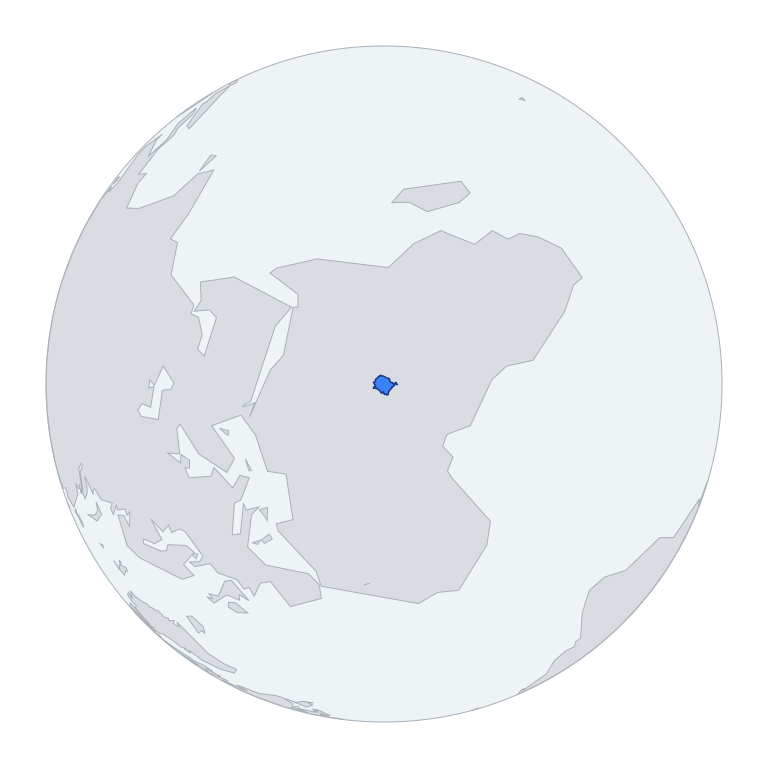 Haute-Kotto highlighted on a globe, orthographic projection, rotated 236°
{"feature_id": "CAF-866", "entity_name": "Haute-Kotto", "entity_type": "Prefecture", "adm_level": 1, "iso_a3": "CAF", "parent_name": "Central African Republic", "parent_adm1": "", "projection": "orthographic", "projection_center": [22.992, 7.358], "detail": "fine", "context": "on_globe", "style": "filled", "palette": "blue", "viewbox_px": 768, "rotation_deg": 236, "n_neighbors": 0, "source": "natural_earth", "source_scale": "10m", "svg_char_len": 10501}
<svg xmlns="http://www.w3.org/2000/svg" viewBox="0 0 768 768"><g transform="rotate(236 384 384)"><circle cx="384" cy="384" r="338" fill="#eef3f6" stroke="#a8b0b8"/><path d="M268.3,66.5L273.8,64.6L264.8,68.0L256.7,71.1L268.3,66.5ZM197.4,102.3L200.2,100.5L212.5,92.8L217.0,90.3L230.0,83.3L228.8,84.5L220.7,89.8L209.9,96.0L206.0,98.9L216.9,93.7L197.5,107.2L185.8,120.4L180.7,124.6L169.5,129.7L167.8,126.7L153.4,137.5L163.5,131.1L150.5,143.3L148.7,146.0L149.8,146.3L155.0,142.2L150.8,147.0L139.2,154.0L142.9,149.7L146.5,147.2L145.6,146.4L137.7,153.0L131.8,159.7L128.2,163.2L149.4,140.8L172.5,120.5L197.4,102.3ZM52.1,320.4L51.9,321.7L53.3,325.5L52.2,329.5L52.9,356.5L59.5,371.1L61.1,386.5L59.7,394.8L63.3,399.0L63.5,404.9L83.4,420.4L98.0,438.6L100.6,459.0L94.3,479.7L102.4,526.8L94.8,538.0L102.2,556.6L112.5,581.5L106.7,576.3L118.1,591.4L122.8,598.2L122.0,597.5L107.2,577.9L93.9,557.2L82.0,535.7L71.8,513.3L63.2,490.3L56.4,466.7L51.2,442.7L47.8,418.3L46.2,393.8L46.4,369.2L48.4,344.7L52.1,320.4ZM229.7,83.4L229.8,83.4L227.3,84.6L229.7,83.4ZM245.5,75.8L238.3,79.1L245.5,75.8ZM301.5,56.3L297.8,57.3L295.1,58.0L301.5,56.3ZM285.5,61.8L286.6,61.0L291.9,59.4L285.5,61.8ZM308.5,54.6L309.9,54.3L304.1,55.7L305.0,55.4L308.5,54.6ZM318.8,52.5L306.2,55.3L303.1,56.6L298.3,57.9L304.2,55.7L318.8,52.5ZM318.2,52.5L317.8,52.6L312.9,53.6L318.2,52.5ZM319.0,52.5L322.0,51.9L319.4,52.5L319.0,52.5ZM328.5,50.8L324.4,51.5L322.6,51.8L328.5,50.8ZM331.2,50.2L334.9,49.7L324.4,51.4L330.5,50.3L331.2,50.2ZM337.6,49.9L324.8,52.1L320.9,52.4L333.8,50.1L337.6,49.9ZM642.2,166.0L644.8,169.2L649.7,175.2L666.8,199.0L681.8,224.3L694.5,250.7L695.2,252.2L698.4,263.3L700.5,269.3L697.0,263.1L699.6,275.8L712.0,308.9L714.2,319.0L715.0,339.7L713.7,332.1L704.4,315.7L708.0,340.4L715.2,359.2L717.9,383.0L714.6,376.6L711.3,355.9L707.9,349.4L705.0,327.9L695.0,297.7L691.4,304.8L688.1,292.4L673.8,269.0L666.6,278.9L657.6,314.7L662.4,347.0L656.6,362.4L634.8,318.1L623.8,288.1L616.7,291.9L593.6,268.5L556.0,270.6L550.0,263.2L543.0,267.5L526.7,261.0L517.2,249.0L507.6,250.5L532.7,282.2L542.9,280.9L550.5,267.4L555.6,279.2L571.3,288.8L556.4,319.7L499.4,350.2L492.8,326.3L444.2,263.8L445.1,256.6L444.8,255.8L444.1,254.4L440.8,266.1L432.0,254.2L459.1,297.4L464.1,316.7L498.6,351.7L495.7,355.7L506.5,362.8L539.8,351.5L540.2,359.7L525.1,398.5L478.0,452.7L483.7,487.1L479.4,516.7L449.0,537.3L450.6,559.5L434.7,567.9L433.0,580.5L419.6,594.1L397.6,607.0L361.5,607.8L360.1,596.6L343.3,574.8L320.3,520.8L330.3,495.7L327.4,476.1L301.2,432.4L307.0,408.1L299.7,397.9L284.9,400.3L276.5,388.1L267.5,387.8L210.6,395.5L193.0,379.3L171.2,330.6L181.3,311.7L182.6,289.9L251.4,218.9L266.5,223.0L321.4,214.1L328.3,216.6L322.5,232.7L364.1,252.4L376.8,238.6L413.9,249.0L438.2,248.0L445.8,217.8L406.0,218.5L398.5,204.3L429.8,191.3L464.5,192.5L462.7,187.2L440.3,175.6L447.7,166.1L432.4,171.1L439.0,176.3L429.6,180.1L423.1,175.7L425.9,172.1L415.3,170.0L404.3,189.0L409.8,196.4L382.4,200.5L388.9,213.5L381.6,219.9L367.9,200.4L368.8,193.2L343.7,173.8L340.2,181.4L363.7,200.8L356.6,199.4L352.0,211.6L349.9,201.2L325.1,179.7L300.0,184.8L268.9,215.3L254.0,218.1L241.2,212.3L251.7,182.0L283.7,179.4L287.9,170.3L280.7,157.6L291.0,158.4L292.0,153.5L304.1,152.6L320.3,140.7L332.4,139.4L338.2,125.3L345.2,123.2L339.8,131.8L342.5,137.7L372.6,136.5L378.2,133.5L379.5,124.9L387.6,126.4L385.1,118.3L402.0,115.2L379.2,112.8L380.1,104.4L390.0,98.2L386.2,95.4L370.1,105.8L367.4,110.6L371.6,115.0L360.7,129.8L350.5,132.5L346.4,116.8L331.5,119.5L334.9,107.5L376.3,84.3L393.8,80.7L424.2,90.2L420.5,94.8L407.7,93.2L420.1,101.7L418.8,97.5L425.5,99.3L428.1,93.0L433.0,94.1L427.2,86.8L433.4,87.5L437.1,92.0L446.3,84.8L459.2,85.5L458.9,83.5L455.0,81.2L474.0,84.4L472.9,82.9L466.3,81.1L459.9,77.2L456.0,72.1L462.8,73.4L465.1,75.4L480.2,82.5L485.3,88.6L487.7,88.8L484.9,83.9L466.5,75.1L462.2,71.7L471.6,75.2L467.9,73.6L467.9,72.4L474.2,72.8L464.3,69.0L455.2,57.9L466.6,58.8L475.9,62.3L476.8,59.6L489.6,63.1L483.4,61.1L481.7,60.5L504.7,68.4L527.1,77.9L548.8,89.0L569.6,101.6L589.5,115.7L608.2,131.2L625.9,148.0L642.2,166.0ZM228.6,254.6L226.9,261.0L228.6,254.6ZM502.3,210.4L522.3,211.0L511.5,193.0L518.3,192.1L512.1,186.8L510.6,191.8L495.1,177.5L503.1,172.3L499.7,165.1L492.8,164.7L480.7,176.9L502.7,196.8L498.9,204.3L502.3,210.4ZM53.5,325.4L53.2,329.7L52.6,329.0L53.5,325.4ZM63.6,277.5L63.1,280.2L62.5,280.6L63.6,277.5ZM64.7,273.3L63.8,276.1L63.4,277.3L64.7,273.3ZM151.2,142.8L152.0,142.4L152.0,143.7L149.7,145.2L151.2,142.8ZM166.1,139.5L158.9,147.4L162.4,142.3L157.8,145.3L159.4,139.2L178.2,126.4L169.4,132.9L166.1,139.5ZM166.9,128.8L163.7,133.2L166.4,129.0L166.9,128.8ZM285.8,130.3L290.0,133.0L285.7,138.5L270.3,143.0L276.4,134.7L285.8,130.3ZM297.1,135.8L297.4,120.6L306.9,118.1L301.5,121.9L307.8,121.7L300.8,128.0L309.6,141.7L306.4,147.7L279.8,151.0L290.3,146.2L285.5,143.4L297.1,135.8ZM281.2,95.0L281.4,90.9L301.8,90.5L299.3,94.6L283.8,98.5L277.7,96.1L281.2,95.0ZM255.7,72.1L254.5,72.4L257.2,71.2L260.5,70.2L255.7,72.1ZM283.3,61.4L289.2,59.6L294.8,58.1L294.8,58.3L288.0,60.1L292.8,59.1L282.9,62.0L285.6,61.5L263.9,70.7L261.4,71.2L251.8,77.3L241.4,81.3L248.0,76.9L232.8,85.1L234.6,82.8L225.0,88.6L240.8,78.5L241.8,77.6L244.7,77.0L254.1,73.2L258.6,71.3L271.8,65.7L278.4,63.0L283.3,61.4ZM354.4,55.5L346.5,55.3L354.5,58.1L344.7,59.2L346.2,59.4L339.3,61.5L333.6,64.8L329.1,65.1L328.8,66.3L324.2,68.1L322.4,70.0L313.5,71.5L310.5,74.2L308.0,73.5L305.2,77.9L303.4,75.4L297.3,78.2L302.3,79.2L259.2,87.4L242.5,94.4L229.7,102.1L228.2,98.1L239.3,88.8L256.4,78.9L272.6,73.3L269.0,73.1L275.7,70.6L275.7,71.8L279.7,68.5L285.2,67.0L300.4,61.1L302.6,58.5L308.3,56.7L310.1,57.0L314.4,55.2L321.8,54.8L326.0,53.7L337.5,52.8L338.7,54.8L343.3,53.6L352.3,53.5L354.4,55.5ZM340.7,49.7L344.4,50.7L340.8,52.1L322.3,53.3L317.5,54.3L305.5,56.1L311.0,54.3L313.9,53.8L318.0,53.0L314.6,53.9L320.4,52.6L324.6,52.2L330.2,51.2L329.9,51.7L340.7,49.7ZM335.9,210.6L341.2,211.1L349.5,210.3L346.8,218.5L335.9,210.6ZM318.7,195.9L323.4,194.8L323.6,204.9L318.1,204.8L318.7,195.9ZM325.9,186.2L323.7,194.0L321.6,189.7L325.9,186.2ZM344.2,130.7L349.3,129.5L349.9,131.5L347.2,134.6L344.2,130.7ZM376.1,67.5L372.2,66.3L373.6,65.6L370.8,61.9L377.9,61.3L382.4,63.4L376.1,67.5ZM439.1,223.0L432.3,228.9L428.5,226.2L431.6,224.7L439.1,223.0ZM387.4,223.5L399.3,227.1L386.5,225.8L387.4,223.5ZM383.4,66.3L381.4,64.7L386.1,65.5L383.4,66.3ZM382.9,60.8L388.5,61.3L378.4,60.9L382.9,60.8ZM544.5,655.4L544.6,658.6L540.3,659.4L544.5,655.4ZM534.5,509.1L509.1,561.1L494.0,562.2L492.5,547.5L502.7,516.3L520.7,506.5L529.9,491.9L534.5,509.1ZM718.5,431.9L717.7,432.8L716.5,429.7L717.7,423.6L719.5,423.4L719.4,425.4L718.5,431.9ZM717.5,423.5L714.6,409.1L704.5,365.1L708.3,364.9L717.6,390.3L717.2,395.3L719.0,407.1L717.5,423.5ZM721.3,405.0L721.1,403.2L721.1,384.6L721.1,374.8L721.6,374.6L721.1,361.2L721.3,405.0ZM663.7,349.9L670.7,368.5L667.0,372.4L663.7,349.9ZM703.8,278.6L703.5,280.7L701.9,276.0L701.1,270.5L703.8,278.6ZM441.0,65.7L437.1,70.9L438.9,75.7L447.3,79.4L433.7,77.0L430.9,69.5L441.0,65.7ZM452.7,58.4L445.3,56.2L449.6,56.5L451.8,57.0L452.7,58.4ZM447.6,57.5L436.6,56.3L433.1,54.7L442.5,55.9L447.6,57.5ZM410.1,59.4L408.4,60.8L404.6,59.9L410.1,59.4ZM457.2,54.1L462.5,55.4L458.6,54.5L456.1,53.9L457.2,54.1Z" fill="#d9dde1" stroke="#a8b0b8" stroke-width="1"/><path d="M386.7,373.4L386.7,373.5L386.6,374.2L386.6,374.3L386.7,374.5L386.8,374.6L387.0,374.5L387.2,374.3L387.3,374.3L387.4,374.5L387.3,375.0L387.2,375.2L386.9,375.4L386.9,375.6L386.9,375.9L387.0,376.0L387.3,375.9L387.5,375.9L387.8,376.0L388.1,376.0L388.3,376.1L388.5,376.0L389.1,376.0L389.4,376.0L389.7,376.1L389.8,376.1L390.5,376.2L390.9,376.1L391.1,376.1L391.2,376.3L391.1,376.5L391.3,376.7L391.3,376.8L391.1,377.0L390.7,377.6L390.6,377.8L390.6,378.0L390.8,378.3L391.1,378.5L391.4,378.6L391.6,378.8L392.0,379.1L392.3,379.2L392.3,379.3L392.3,379.5L392.5,379.6L392.6,379.8L392.7,380.0L392.5,380.6L392.6,380.8L392.6,381.0L392.7,381.3L392.7,381.5L392.8,381.8L392.8,382.4L392.9,382.5L393.0,382.7L393.1,382.9L393.1,383.0L393.3,383.2L393.3,383.3L393.2,383.6L393.1,383.8L392.9,384.1L392.9,384.3L392.9,384.5L393.0,384.6L393.0,384.8L393.2,385.0L393.1,385.3L393.1,385.5L393.1,385.8L393.1,386.0L392.9,386.0L392.7,386.3L392.4,386.2L392.1,386.3L391.9,386.3L391.8,386.5L391.9,386.8L391.8,387.0L391.7,387.1L391.6,387.3L391.4,387.6L386.7,390.2L386.6,390.3L386.5,390.5L386.4,390.7L386.3,390.8L386.2,390.8L386.0,390.7L385.9,390.8L385.8,391.0L385.8,391.3L385.7,391.4L383.9,391.1L383.5,390.9L383.3,390.8L383.2,390.7L383.0,390.4L382.9,390.4L382.6,390.5L382.3,390.4L382.2,390.4L381.5,390.6L381.4,390.6L381.2,390.9L381.1,391.3L381.0,391.5L380.9,391.5L380.5,391.7L380.4,391.8L380.2,391.7L379.9,391.8L379.8,391.7L379.7,391.6L379.0,392.0L378.9,392.0L378.8,392.3L378.6,392.6L378.6,393.2L378.6,393.4L378.5,393.6L378.5,393.8L378.7,394.1L378.4,394.1L378.3,394.3L378.3,394.5L378.2,394.5L377.9,394.8L377.6,395.0L377.1,394.8L376.7,394.7L376.2,394.7L376.3,394.4L376.5,394.1L376.7,393.9L376.8,393.9L377.0,394.0L377.3,394.2L377.5,394.0L377.6,393.9L377.6,393.7L377.7,393.4L377.8,393.1L377.8,392.6L377.7,392.3L377.6,392.2L377.6,391.9L377.4,391.8L377.4,391.7L377.2,391.7L377.1,391.4L377.0,391.1L376.9,390.9L376.7,390.8L376.7,390.7L377.0,390.2L377.1,389.9L376.9,389.4L376.9,389.1L377.0,388.8L377.0,388.7L376.9,388.7L376.7,388.5L376.4,388.5L376.4,388.4L376.2,388.2L376.0,387.6L375.9,387.5L375.9,387.4L376.1,387.2L376.1,386.9L376.1,386.5L376.1,386.3L376.0,386.2L375.9,386.1L375.7,385.1L375.8,384.5L375.7,384.4L375.3,384.3L375.0,384.3L374.9,384.3L374.8,384.2L374.8,383.4L374.8,383.2L374.7,383.0L374.6,382.9L374.3,382.7L374.2,382.6L373.8,382.5L373.7,382.4L373.4,382.1L373.1,381.9L373.1,381.4L373.0,381.1L373.1,380.8L373.1,380.7L373.1,380.4L373.3,380.3L373.6,380.2L374.6,380.2L374.8,380.1L374.8,379.9L374.6,379.5L374.6,379.3L374.7,379.2L374.8,379.1L375.0,379.0L375.1,378.9L375.2,378.7L375.3,378.7L375.5,378.7L375.8,378.8L375.9,378.7L376.0,378.6L376.3,378.5L376.7,378.3L376.8,378.2L376.9,378.3L377.0,378.5L377.3,378.7L377.4,378.9L377.4,379.0L377.5,379.0L377.8,379.0L378.0,379.0L378.1,378.9L378.1,378.7L378.0,378.4L378.2,378.0L378.2,377.9L378.2,377.7L378.0,377.4L378.0,377.1L378.0,376.9L378.1,376.7L378.4,376.6L378.5,376.6L378.8,376.6L379.0,376.7L380.3,376.9L380.5,376.7L380.8,376.7L381.0,376.8L381.3,376.7L381.6,376.4L382.0,376.2L383.0,376.0L384.0,375.7L384.3,375.8L384.4,375.7L384.5,375.6L384.5,375.4L384.5,375.1L384.6,374.9L385.1,374.5L385.2,374.4L385.3,374.4L385.6,374.4L385.8,374.3L385.9,374.1L386.0,374.0L386.1,373.3L386.1,373.2L386.3,373.0L386.5,372.9L386.7,373.0L386.7,373.3L386.7,373.4Z" fill="#3b82f6" stroke="#1e3a8a" stroke-width="1.5"/></g></svg>